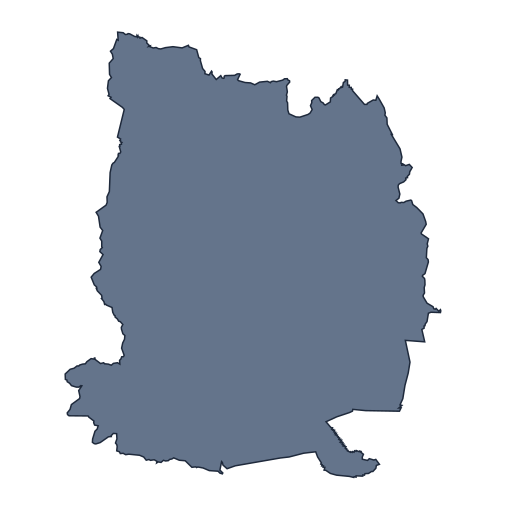 the district of Alfajayucan, Hidalgo, Mexico, rotated 92°
{"feature_id": "50627088B1030892779314", "entity_name": "Alfajayucan", "entity_type": "district", "adm_level": 2, "iso_a3": "MEX", "parent_name": "Mexico", "parent_adm1": "Hidalgo", "projection": "mercator", "projection_center": [-99.403, 20.41], "detail": "fine", "context": "isolated", "style": "filled", "palette": "slate", "viewbox_px": 512, "rotation_deg": 92, "n_neighbors": 0, "source": "geoboundaries", "source_scale": "gbopen_adm2", "svg_char_len": 6006}
<svg xmlns="http://www.w3.org/2000/svg" viewBox="0 0 512 512"><g transform="rotate(92 256 256)"><path d="M459.9,125.4L455.1,129.2L455.8,131.0L454.6,135.7L456.4,137.4L455.4,142.6L453.3,142.8L450.4,141.7L448.4,144.4L447.7,144.1L447.3,145.7L448.0,146.1L446.9,149.0L447.7,149.2L447.2,150.7L448.7,151.2L448.1,152.7L448.9,153.0L448.3,154.5L448.9,154.7L447.6,157.7L447.0,157.4L446.3,158.9L445.6,158.6L445.0,160.1L443.5,159.4L443.2,161.1L442.4,160.8L442.6,162.4L441.1,161.7L441.2,163.2L439.7,162.6L439.6,164.2L438.9,163.7L439.0,165.3L437.1,164.0L436.9,165.7L436.2,165.3L436.3,166.8L434.9,166.2L434.4,167.7L433.6,167.4L432.9,168.8L432.1,168.5L432.0,170.2L430.5,169.5L430.7,171.0L429.3,170.4L429.0,172.1L427.5,171.4L427.4,173.1L426.7,172.7L426.5,174.3L425.0,173.6L424.8,175.2L419.2,180.2L413.9,169.7L409.2,157.1L407.7,154.2L405.9,153.9L406.7,141.1L406.1,107.2L402.7,105.7L402.9,107.9L400.2,105.0L399.8,106.9L393.5,104.3L380.1,102.6L367.7,99.8L356.7,98.4L335.1,103.8L335.9,84.4L323.6,87.7L322.3,85.5L320.1,85.6L319.8,84.7L318.1,84.5L315.6,82.8L307.2,81.7L306.1,79.2L306.1,69.7L304.4,69.4L303.2,69.8L304.8,71.4L302.1,74.2L302.9,74.9L302.5,76.5L300.5,77.3L297.2,83.4L290.8,87.5L289.4,87.6L287.1,86.3L281.7,86.8L278.9,86.1L274.3,86.4L272.6,86.8L270.5,89.0L269.5,88.8L267.7,86.5L256.0,83.5L253.6,83.9L251.8,85.7L242.5,85.5L240.2,84.6L237.9,85.3L232.8,84.2L228.2,91.4L227.2,91.8L218.4,87.0L215.7,87.6L208.1,90.6L201.9,97.1L199.1,101.1L195.3,102.4L194.7,103.2L196.0,108.0L197.4,110.1L197.3,112.8L197.9,113.7L197.8,115.7L195.7,118.1L193.3,115.2L189.1,114.4L182.2,116.4L180.2,116.3L178.7,115.1L176.8,111.0L174.5,108.8L172.9,109.1L172.4,107.3L171.3,107.6L168.9,105.5L166.5,105.3L162.1,103.0L159.1,106.0L160.5,109.6L159.3,111.7L159.9,111.5L160.2,113.5L158.7,113.3L158.5,114.2L156.6,114.4L152.1,113.6L143.9,115.8L129.8,125.0L129.8,124.0L119.8,129.5L113.4,130.0L110.8,132.1L108.4,131.8L103.5,133.1L94.8,138.4L91.7,140.5L96.2,141.7L96.0,144.3L99.5,150.0L100.6,150.4L100.7,152.9L87.4,165.3L85.9,165.3L86.0,166.5L84.2,166.7L84.2,168.7L82.1,168.7L82.0,170.4L77.0,170.7L76.8,173.0L78.5,173.1L79.5,174.7L84.2,175.4L84.6,176.3L83.8,176.8L85.9,178.5L86.0,179.2L87.1,179.5L86.9,180.5L91.0,181.9L91.9,183.9L92.5,183.5L92.9,184.7L93.7,184.5L95.5,187.0L99.4,187.1L102.6,191.9L102.3,193.0L100.7,194.2L99.5,196.6L95.8,198.6L95.2,199.7L95.3,202.6L98.7,205.8L100.8,205.6L103.9,206.8L107.7,205.0L111.2,206.9L112.7,208.9L115.7,217.0L115.6,221.0L112.7,228.0L109.1,229.3L101.7,229.8L100.1,230.8L95.3,230.6L94.2,231.2L90.9,230.4L85.6,231.4L84.5,231.2L81.0,228.4L79.7,228.6L78.9,230.3L77.7,230.9L77.9,233.7L79.3,235.5L81.1,241.6L80.6,244.8L81.2,246.9L82.3,247.6L81.0,250.7L82.1,258.5L84.9,263.2L83.2,267.5L83.0,273.0L81.4,279.5L80.4,280.6L74.9,278.2L74.5,279.1L74.7,281.2L76.2,283.6L76.8,293.2L77.5,294.0L79.3,294.1L79.6,294.9L79.2,296.2L77.0,297.5L81.0,301.9L75.7,306.4L73.6,306.3L72.8,306.9L76.8,309.3L75.6,313.4L73.3,313.4L70.5,315.9L62.7,318.4L60.7,318.4L59.7,320.1L51.9,322.5L49.4,330.2L47.8,330.9L50.6,337.1L49.7,346.3L50.9,353.7L52.4,358.4L52.2,360.8L51.1,363.1L51.7,366.0L50.5,369.3L49.7,369.0L50.3,370.7L49.3,370.0L46.9,372.6L44.8,372.6L41.6,377.5L42.3,379.5L41.3,379.7L41.2,381.2L40.1,381.6L41.3,382.0L40.1,382.7L41.1,382.8L40.8,385.0L38.4,389.9L38.2,391.6L38.9,392.4L39.2,394.3L37.5,396.5L37.1,402.1L45.1,401.3L44.4,402.7L53.7,405.7L56.4,408.6L59.3,406.6L63.7,405.6L68.4,409.4L79.6,408.7L82.7,406.7L86.0,409.6L93.6,410.3L99.6,408.5L101.0,409.4L102.4,406.4L103.8,407.4L112.1,394.7L114.1,392.8L142.0,398.6L143.8,395.4L145.3,396.1L145.5,395.4L146.7,395.4L147.2,394.0L147.9,394.6L149.0,394.4L149.4,396.1L151.2,395.9L151.3,396.5L156.7,394.8L158.3,395.7L158.3,397.0L160.0,397.4L160.6,396.9L161.9,397.5L167.4,400.8L168.3,402.2L170.1,403.3L177.7,404.7L196.7,404.8L202.1,407.0L207.6,406.6L210.4,407.6L217.9,417.3L221.7,414.8L232.6,412.8L235.9,410.1L243.6,412.6L246.5,410.7L252.1,410.5L252.9,409.9L255.0,411.9L257.1,412.2L259.9,408.9L267.8,412.9L271.9,410.4L274.8,410.9L279.1,417.1L282.9,420.0L290.5,416.6L292.4,414.3L294.1,413.9L294.1,414.4L296.3,413.4L300.7,408.9L303.7,408.4L303.9,408.9L306.9,406.4L309.7,405.6L309.4,404.6L310.2,403.9L312.5,398.1L317.2,397.2L320.1,395.7L320.5,394.8L321.9,394.7L323.7,392.4L325.9,391.0L326.4,389.3L329.1,386.7L332.0,388.1L333.8,387.9L338.4,386.3L340.0,384.3L343.8,384.5L347.6,386.2L352.8,387.1L359.8,384.3L361.2,384.9L361.4,386.7L363.6,387.4L365.0,388.7L368.8,388.3L367.5,390.7L368.3,394.8L370.2,396.8L369.2,399.8L369.0,403.6L368.0,404.5L368.9,407.6L364.9,413.3L363.6,413.4L363.6,414.0L364.7,414.3L364.3,417.2L367.5,421.3L369.7,422.8L370.1,425.6L371.1,428.4L372.1,429.3L372.1,431.0L374.5,433.9L375.7,437.8L380.6,442.6L386.0,442.2L386.6,440.6L388.2,440.3L389.7,437.8L392.0,435.9L393.3,431.0L393.2,428.4L391.6,426.5L391.8,425.5L396.7,428.5L402.6,427.0L404.6,427.3L410.9,435.3L415.8,436.5L419.4,439.2L421.1,438.8L422.2,437.3L421.7,418.3L423.0,417.3L426.6,412.2L428.3,412.4L430.6,411.4L431.2,407.8L434.5,408.7L436.7,410.8L444.6,412.9L447.9,413.0L449.2,411.1L449.4,409.5L447.9,405.2L441.8,397.1L441.5,394.3L440.7,394.5L438.3,392.4L438.4,389.1L443.6,388.6L447.8,389.9L449.3,388.6L451.2,388.1L455.6,388.4L456.4,385.7L458.2,384.7L457.8,381.9L459.1,379.3L458.5,376.2L459.2,365.4L460.8,361.2L463.9,358.6L463.1,355.8L463.9,354.4L463.2,350.6L464.7,347.8L466.3,348.1L465.2,346.5L465.6,343.7L463.4,341.4L464.0,339.3L463.6,336.5L462.3,335.2L461.8,333.0L460.6,331.2L462.8,325.5L463.1,319.6L469.4,312.7L468.8,308.8L469.5,308.1L468.9,306.7L469.7,301.5L472.1,295.2L472.4,286.4L474.3,284.4L474.9,282.0L474.0,281.6L471.2,284.6L462.7,283.2L463.5,282.4L466.1,281.7L469.6,277.5L466.4,269.4L457.0,224.6L455.7,215.9L451.4,201.4L449.6,189.5L454.7,187.4L460.4,183.5L461.7,184.0L462.2,182.6L463.5,183.0L463.4,181.3L464.7,181.6L464.8,179.8L467.6,180.5L467.8,178.7L470.7,174.1L472.2,167.9L473.0,155.0L473.9,150.5L473.1,150.2L473.5,148.3L472.2,148.3L472.3,141.7L472.9,141.6L471.1,141.6L471.2,139.9L469.7,139.5L469.4,136.0L467.3,133.0L467.3,131.7L464.0,128.8L461.1,128.4L459.9,125.4Z" fill="#64748b" stroke="#1e293b" stroke-width="1.5"/></g></svg>